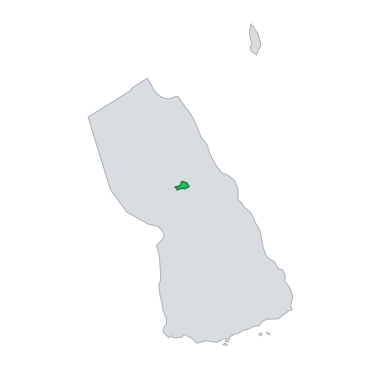 Sayun, Hadramawt, Yemen shown in context, rotated 261°
{"feature_id": "15242507B12607527739382", "entity_name": "Sayun", "entity_type": "district", "adm_level": 2, "iso_a3": "YEM", "parent_name": "Yemen", "parent_adm1": "Hadramawt", "projection": "mercator", "projection_center": [48.811, 16.015], "detail": "fine", "context": "in_parent", "style": "filled", "palette": "green", "viewbox_px": 384, "rotation_deg": 261, "n_neighbors": 0, "source": "geoboundaries", "source_scale": "gbopen_adm2", "svg_char_len": 4703}
<svg xmlns="http://www.w3.org/2000/svg" viewBox="0 0 384 384"><g transform="rotate(261 192 192)"><path d="M311.3,165.7L298.1,170.6L294.6,172.7L291.5,175.4L289.1,178.7L287.5,184.6L288.7,189.9L288.6,192.8L285.2,194.7L282.0,196.1L278.5,198.1L276.3,198.7L274.6,200.3L272.5,201.5L265.1,204.5L257.1,206.8L244.3,209.6L239.4,212.6L234.9,214.6L228.1,215.3L218.7,218.1L213.5,220.4L207.0,224.1L205.6,225.3L204.4,228.1L202.4,230.4L198.5,234.3L195.6,236.3L193.7,236.4L189.9,237.5L185.4,237.7L177.9,236.4L175.9,237.3L174.3,238.8L168.5,241.5L162.6,246.8L158.3,248.2L151.3,249.9L146.4,252.1L143.1,253.0L138.9,253.4L131.0,253.2L123.6,254.0L116.7,255.5L113.5,258.3L109.8,262.8L103.8,264.6L102.4,266.3L100.5,269.5L96.6,270.4L93.1,270.9L89.5,269.5L82.7,273.5L80.2,274.1L76.3,274.3L73.5,275.1L71.5,274.9L69.0,273.3L63.8,271.5L59.9,272.7L59.6,268.9L53.2,257.4L54.5,247.4L54.5,246.0L53.3,241.5L49.5,237.4L49.6,232.2L48.3,228.4L47.3,224.6L47.6,223.6L47.7,222.7L45.8,216.8L45.1,215.6L44.9,214.3L45.5,213.4L45.5,212.3L44.4,210.5L43.4,207.0L38.2,204.3L39.2,201.7L40.2,202.6L41.6,203.4L41.9,201.7L41.9,200.5L39.7,192.8L42.9,182.5L41.9,173.3L46.8,169.5L48.0,168.4L48.7,167.4L49.9,165.3L51.5,164.6L52.0,162.4L52.0,161.3L51.0,160.3L50.2,157.7L50.4,154.4L50.7,153.0L51.2,150.5L52.9,149.5L53.3,148.8L52.0,147.2L52.1,146.2L55.1,143.6L56.2,142.8L58.1,141.9L59.6,141.9L61.3,142.4L62.8,143.2L64.3,144.5L65.8,146.1L68.2,146.7L69.8,146.5L71.2,147.2L72.3,146.8L73.6,146.0L75.6,146.1L77.4,145.2L82.6,144.7L87.7,145.0L92.9,144.3L98.1,144.3L103.4,144.4L104.6,144.5L105.7,145.0L110.2,147.3L113.6,147.8L120.3,148.5L127.6,149.2L133.9,149.8L139.2,149.2L143.6,148.7L144.8,148.8L146.1,150.3L148.8,153.9L151.3,157.4L155.7,157.6L158.5,156.3L161.6,154.4L163.5,153.0L165.7,147.4L167.1,143.8L170.4,139.7L173.1,136.3L176.7,131.8L178.7,129.3L182.6,124.3L186.4,122.4L193.6,118.6L200.8,115.0L205.4,112.6L209.3,111.5L216.0,110.5L223.7,109.4L231.5,108.3L239.8,107.2L249.1,105.8L255.4,104.9L263.5,103.8L270.2,102.8L276.2,102.0L282.3,101.1L283.5,103.9L284.6,106.6L285.8,109.4L286.9,112.2L288.1,114.9L289.3,117.7L290.4,120.4L291.6,123.2L292.7,126.0L293.9,128.7L295.1,131.5L296.2,134.2L297.4,137.0L298.5,139.7L299.7,142.4L300.9,145.2L302.0,147.9L303.9,148.8L305.0,151.3L306.6,154.9L308.2,158.5L309.7,162.1L311.3,165.7ZM329.1,274.4L330.7,274.7L333.1,273.7L340.2,273.6L348.7,276.6L347.1,277.4L346.1,278.5L342.4,279.5L338.7,281.8L327.9,282.9L324.8,282.3L322.2,280.0L317.4,277.1L319.3,275.3L319.7,274.4L320.4,273.6L323.1,272.2L325.8,272.5L329.1,274.4ZM41.6,238.4L41.2,239.0L40.8,238.9L39.1,237.4L40.9,235.8L41.9,237.3L41.6,238.4ZM36.4,202.4L35.6,203.0L35.3,201.9L35.9,199.5L36.7,198.9L37.3,200.6L36.9,201.6L36.4,202.4ZM40.7,245.6L39.0,246.5L40.2,244.3L41.4,243.9L41.7,244.0L40.7,245.6Z" fill="#d9dde1" stroke="#a8b0b8" stroke-width="1"/><path d="M196.4,177.8L196.4,178.0L196.5,178.4L196.5,178.5L196.6,178.8L196.7,179.0L196.8,179.3L196.9,179.5L196.9,179.8L197.0,180.0L197.0,180.4L197.0,180.6L197.0,180.8L197.1,181.1L197.1,181.3L197.1,181.5L197.1,181.8L197.1,182.1L197.1,182.3L197.1,182.5L197.1,182.9L197.1,183.1L197.1,183.4L197.0,183.6L197.0,183.9L196.9,184.2L196.9,184.3L196.8,184.5L196.7,184.7L196.6,184.8L196.6,185.0L196.4,185.3L196.4,185.5L196.4,185.8L196.5,185.8L196.7,186.0L196.8,186.1L196.9,186.4L197.0,186.5L197.0,186.9L197.0,187.1L197.0,187.3L197.0,187.5L197.0,187.8L197.0,188.0L197.1,188.4L197.2,188.5L197.3,188.7L197.3,188.9L197.4,189.0L197.5,189.2L197.7,189.4L197.8,189.6L198.0,189.7L198.1,189.8L198.3,189.8L198.6,189.8L198.7,189.7L198.9,189.6L199.1,189.5L199.2,189.4L199.3,189.3L199.4,189.2L199.5,189.1L199.8,188.9L200.0,188.7L200.3,188.6L200.5,188.5L200.8,188.5L201.0,188.5L201.3,188.5L201.6,188.4L201.7,188.2L201.8,188.0L201.8,187.9L201.9,187.7L202.0,187.4L202.1,187.2L202.3,187.0L202.4,186.9L202.5,186.8L202.6,186.7L202.9,186.3L203.0,186.1L203.1,185.8L203.3,185.6L203.4,185.4L203.5,185.3L203.6,185.1L203.6,184.9L203.7,184.7L203.7,184.4L203.8,184.3L203.8,184.1L203.7,183.8L203.7,183.7L203.6,183.4L203.3,183.2L203.2,183.1L202.9,182.8L202.7,182.8L202.5,182.7L202.3,182.7L202.1,182.6L201.9,182.5L201.6,182.4L201.4,182.4L201.2,182.3L201.0,182.2L200.9,182.1L200.7,182.0L200.6,181.9L200.5,181.7L200.4,181.5L200.4,181.3L200.3,181.1L200.2,181.0L200.2,180.9L200.1,180.6L200.0,180.4L200.0,180.2L199.9,180.1L199.9,179.8L199.8,179.6L199.8,179.4L199.7,179.2L199.6,178.8L199.6,178.6L199.6,178.4L199.6,178.2L199.6,177.9L199.6,177.7L199.6,177.3L199.6,177.2L199.6,176.8L199.6,176.7L199.6,176.4L199.5,176.2L199.4,176.3L199.2,176.4L199.2,176.5L198.9,176.7L198.7,176.8L198.4,177.1L198.2,177.1L198.0,177.3L197.8,177.4L197.7,177.4L197.6,177.5L197.4,177.5L197.2,177.6L196.8,177.7L196.7,177.7L196.6,177.8L196.4,177.8Z" fill="#22c55e" stroke="#15803d" stroke-width="1.5"/></g></svg>